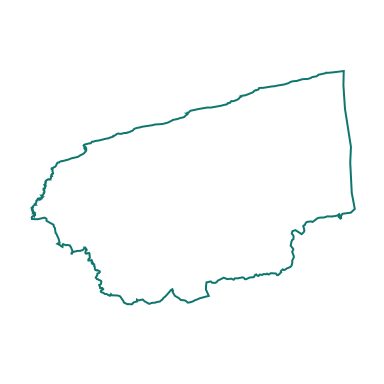 Komenda-edina-eguafo-abirem Municipal, Central, Ghana, rotated 176°
{"feature_id": "2480657B89828953333594", "entity_name": "Komenda-edina-eguafo-abirem Municipal", "entity_type": "district", "adm_level": 2, "iso_a3": "GHA", "parent_name": "Ghana", "parent_adm1": "Central", "projection": "mercator", "projection_center": [-1.414, 5.13], "detail": "fine", "context": "isolated", "style": "outline", "palette": "teal", "viewbox_px": 384, "rotation_deg": 176, "n_neighbors": 0, "source": "geoboundaries", "source_scale": "gbopen_adm2", "svg_char_len": 6020}
<svg xmlns="http://www.w3.org/2000/svg" viewBox="0 0 384 384"><g transform="rotate(176 192 192)"><path d="M32.2,302.1L43.0,301.5L48.4,301.4L49.9,301.7L50.4,301.2L57.9,300.1L58.1,299.7L59.7,298.7L63.9,298.3L65.7,297.4L67.3,297.0L69.4,296.6L71.1,296.9L73.5,296.8L75.8,296.5L76.9,296.0L78.0,296.0L79.3,295.5L83.9,295.4L86.2,294.9L88.0,293.9L92.8,292.8L98.7,292.3L101.9,291.8L105.6,291.7L113.9,290.9L116.4,291.1L118.0,290.9L118.3,290.0L119.1,289.4L120.9,289.0L121.2,289.2L122.9,288.5L124.2,287.2L132.2,284.7L135.3,284.6L135.8,283.9L136.1,283.8L136.9,284.2L137.2,283.2L138.0,282.9L138.6,281.9L140.0,281.1L141.8,280.4L144.8,279.7L146.4,279.9L147.0,279.6L147.7,278.4L150.2,278.1L150.4,277.4L152.1,276.8L153.2,276.8L157.1,276.0L167.4,274.9L170.8,275.2L179.9,274.3L188.1,273.1L189.7,271.6L190.2,271.3L190.9,271.4L190.9,270.6L191.7,270.6L191.3,270.3L191.3,269.8L192.4,269.2L194.5,267.4L196.6,266.8L197.9,266.8L201.5,265.8L206.2,265.2L207.1,264.6L211.3,262.9L216.6,261.9L224.5,261.9L226.6,261.4L237.1,260.6L240.5,259.9L241.8,259.9L244.6,259.2L245.6,258.7L246.7,257.5L251.1,255.9L251.8,256.0L253.4,255.4L255.0,255.6L258.8,255.0L259.9,255.0L261.4,255.5L262.7,255.2L265.0,253.8L266.5,253.5L266.5,252.9L266.8,252.8L268.7,252.2L270.3,252.0L271.2,251.4L274.0,251.2L281.2,249.9L285.1,249.6L286.8,249.1L287.8,249.2L288.3,249.1L289.6,247.7L291.7,247.6L295.4,246.9L296.6,246.4L296.9,245.8L296.1,245.2L296.4,243.4L296.2,242.9L295.7,244.1L295.0,244.1L294.5,242.9L294.6,241.0L295.1,240.0L297.5,237.8L301.3,236.2L303.3,235.0L310.4,233.9L312.5,233.1L319.4,231.8L319.7,231.9L321.3,231.6L322.8,230.6L323.4,230.8L324.0,230.7L324.8,229.8L325.8,227.7L326.8,226.7L328.0,226.4L328.5,225.9L330.4,225.4L330.4,224.9L330.1,225.0L329.5,224.3L329.8,222.3L329.3,220.8L329.4,220.1L329.9,219.6L330.5,219.7L331.0,219.1L331.2,218.7L330.6,217.6L331.6,217.2L331.6,215.9L332.4,215.1L332.3,214.4L333.6,214.3L334.0,214.7L334.8,214.7L335.9,213.9L336.4,213.9L337.0,213.4L337.0,212.7L337.5,212.3L337.3,212.0L337.5,211.7L337.2,211.3L338.1,210.2L337.6,209.5L337.6,208.4L338.5,208.7L338.0,207.4L338.6,206.8L338.5,205.9L339.0,205.9L339.3,205.4L339.9,205.5L340.0,204.3L339.3,203.7L339.1,202.7L339.8,201.9L339.5,201.6L339.9,200.7L340.7,200.1L340.9,199.5L341.5,199.3L341.5,198.7L342.3,198.8L341.9,198.3L342.3,197.6L342.1,197.3L341.5,197.2L342.1,196.8L342.4,196.0L343.2,196.0L343.5,195.2L344.2,195.0L344.4,196.2L345.0,195.8L345.4,196.2L346.3,196.1L346.5,194.6L347.1,194.8L347.9,194.1L348.0,192.7L348.6,191.9L348.6,191.3L349.4,191.0L348.8,190.2L349.9,190.3L351.8,188.6L351.7,187.8L351.9,187.5L352.5,187.8L353.2,187.3L352.9,186.6L353.0,185.4L352.8,185.1L352.2,185.7L352.0,185.3L352.5,184.3L352.5,183.8L352.0,183.5L351.5,183.6L351.4,183.4L351.5,182.7L352.2,182.3L352.3,181.9L350.7,182.1L350.9,181.3L350.2,181.5L350.2,180.9L350.7,180.5L350.2,180.3L350.2,179.8L350.9,179.6L351.2,178.8L351.7,179.4L353.4,178.3L353.7,177.7L353.5,176.2L347.7,175.6L340.9,176.7L339.1,175.5L339.1,173.3L332.4,169.0L332.2,167.1L331.3,165.6L330.9,160.6L330.4,160.2L328.3,154.5L327.6,150.7L328.0,150.7L329.9,149.7L327.1,148.0L326.3,147.0L325.0,146.3L324.7,148.3L324.2,149.0L321.5,147.7L320.0,147.9L317.4,147.1L317.2,146.2L316.5,145.3L316.0,143.3L315.3,141.7L315.3,141.3L316.4,139.5L316.6,138.1L315.6,139.8L314.9,140.4L310.7,141.2L307.6,141.1L305.1,141.7L303.6,142.9L303.4,144.1L302.3,144.0L302.3,143.4L301.6,142.8L301.8,142.3L301.6,141.8L301.1,141.5L301.4,141.0L302.0,140.8L302.5,139.9L302.5,138.2L301.9,137.9L301.5,138.2L300.7,138.0L300.3,138.3L299.8,138.3L299.2,138.0L298.9,138.2L298.4,137.2L298.7,136.1L298.5,135.3L298.5,133.5L299.9,132.2L300.2,131.6L300.1,130.9L299.2,131.0L298.2,130.6L297.0,131.2L296.4,130.0L296.4,129.0L297.0,128.4L296.7,127.5L296.2,127.2L295.6,127.9L294.6,126.5L294.5,125.6L294.9,124.9L294.2,123.9L294.3,122.1L293.7,120.8L293.0,120.8L292.3,120.3L291.7,120.6L289.6,119.3L289.5,118.6L290.2,117.8L292.1,117.2L292.3,115.6L294.0,113.4L292.9,111.7L292.2,111.7L290.8,110.6L289.7,110.2L289.0,109.7L288.7,109.0L289.2,106.8L289.6,106.3L291.1,105.7L291.0,105.2L290.2,103.5L290.3,102.6L288.1,102.4L287.3,101.3L287.5,101.0L289.4,100.2L289.9,99.5L290.0,99.0L289.2,98.2L287.8,97.8L286.1,96.4L284.1,96.1L282.8,95.1L281.8,94.8L281.5,94.3L281.0,94.2L280.0,95.7L279.3,94.6L273.3,93.9L272.1,93.5L271.0,92.9L268.0,87.9L267.7,86.6L264.6,84.7L259.7,84.2L258.8,85.0L258.8,85.3L257.5,86.1L254.6,86.6L254.4,88.4L253.5,87.8L252.7,87.6L248.7,88.2L247.1,86.4L242.6,83.4L239.6,84.2L236.2,84.2L234.8,84.7L231.6,85.0L230.4,86.0L229.0,86.8L228.1,88.1L225.7,89.8L220.5,94.9L220.2,95.5L218.4,96.4L217.8,94.7L218.3,94.3L218.3,93.6L216.3,89.6L212.6,87.1L210.7,85.1L206.9,84.4L205.6,83.6L203.8,81.9L201.6,82.1L198.7,82.8L196.2,84.0L193.7,84.6L192.0,85.4L182.5,87.2L184.9,93.7L184.6,97.2L183.8,100.9L182.2,101.0L180.1,101.5L179.3,101.3L178.5,100.2L175.4,99.7L173.8,100.3L172.4,101.8L166.3,104.3L162.9,102.6L158.9,102.8L156.5,101.6L155.2,102.9L152.3,102.7L147.8,103.3L146.5,103.0L145.3,101.4L144.3,101.2L140.3,102.7L136.6,102.7L135.9,103.1L135.0,104.7L133.7,105.3L132.5,103.9L131.5,103.6L130.2,104.9L127.7,104.4L126.1,105.2L124.4,104.8L123.2,104.8L122.8,105.3L121.3,104.4L120.8,104.5L119.3,105.4L118.8,105.5L114.4,104.9L113.8,104.7L112.8,103.1L111.8,103.1L108.7,105.7L109.0,106.4L108.9,106.7L108.2,107.5L106.9,108.5L105.6,107.7L104.5,108.1L102.8,109.1L99.2,110.3L98.0,111.4L97.3,112.9L96.8,114.9L96.9,115.8L96.7,116.8L95.1,119.5L94.9,120.8L96.2,125.2L96.2,125.6L95.0,127.3L95.0,128.2L97.3,131.5L96.3,135.4L95.6,136.9L94.7,137.7L94.2,137.8L93.7,140.4L94.1,141.9L95.4,143.5L94.6,145.8L93.3,146.3L91.4,146.7L85.6,142.3L83.3,144.2L82.6,145.5L83.0,148.9L83.4,149.6L83.3,150.4L82.7,150.9L81.7,151.2L80.9,152.9L79.6,154.1L75.5,154.4L73.9,153.7L68.5,157.1L67.5,157.4L65.1,157.5L62.3,157.3L58.4,158.3L57.3,158.0L56.0,158.1L54.2,157.7L53.0,158.0L51.7,157.9L48.2,158.5L46.7,159.7L46.4,159.3L47.4,157.1L47.3,156.7L46.4,156.2L46.0,155.3L45.6,155.1L45.0,155.6L45.1,157.0L44.9,157.8L43.4,159.8L35.0,160.3L30.8,163.7L32.7,180.0L32.1,210.4L30.3,225.8L33.6,264.4L33.5,288.1L32.2,302.1Z" fill="none" stroke="#0f766e" stroke-width="2"/></g></svg>